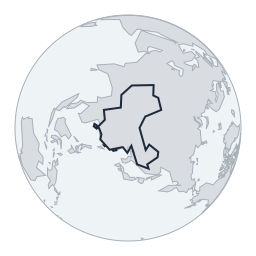 China highlighted on a globe, orthographic projection, rotated 103°
{"feature_id": "CHN", "entity_name": "China", "entity_type": "country or territory", "adm_level": 0, "iso_a3": "CHN", "parent_name": "Asia", "parent_adm1": "", "projection": "orthographic", "projection_center": [106.815, 35.887], "detail": "coarse", "context": "on_globe", "style": "outline", "palette": "slate", "viewbox_px": 256, "rotation_deg": 103, "n_neighbors": 0, "source": "natural_earth", "source_scale": "50m", "svg_char_len": 11604}
<svg xmlns="http://www.w3.org/2000/svg" viewBox="0 0 256 256"><g transform="rotate(103 128 128)"><circle cx="128" cy="128" r="113" fill="#eef3f6" stroke="#a8b0b8"/><path d="M231.6,171.6L231.4,172.1L231.4,172.3L231.6,171.6ZM194.4,37.0L186.8,32.6L186.2,31.9L184.3,31.1L184.9,32.0L185.7,32.9L180.0,33.5L180.7,39.4L184.6,42.9L180.8,41.1L190.8,49.3L193.5,54.9L188.1,47.6L185.8,46.2L186.6,49.3L184.3,48.6L183.4,49.8L180.7,48.7L177.7,44.9L175.9,44.3L176.6,46.6L174.2,47.2L173.6,43.9L169.5,44.7L163.8,39.1L164.2,32.2L158.8,29.3L153.3,23.1L151.5,23.3L148.3,21.5L145.0,21.1L144.9,20.3L142.5,20.7L143.2,21.5L142.3,22.1L140.5,22.0L140.0,20.9L140.9,20.8L139.8,20.4L140.3,20.0L139.0,20.2L138.7,19.1L136.3,20.1L133.7,19.2L134.2,18.5L137.8,18.6L147.7,18.3L149.3,18.1L148.0,17.5L138.2,15.9L138.4,15.8L147.0,17.0L155.4,18.8L163.8,21.2L171.8,24.2L179.7,27.9L187.2,32.2L194.4,37.0ZM135.2,15.6L135.5,15.6L131.6,15.5L133.4,15.9L132.1,16.0L132.5,16.6L128.6,16.6L124.6,16.3L124.1,15.8L122.3,15.8L119.7,16.4L115.7,16.2L107.8,17.2L107.6,17.2L116.7,15.9L125.9,15.4L135.2,15.6ZM233.6,90.3L232.8,88.5L233.0,88.5L233.6,90.3ZM232.5,88.2L232.7,88.6L232.5,88.2ZM232.4,88.6L232.5,88.3L232.5,88.9L232.4,88.6ZM232.5,89.4L232.4,88.9L232.5,89.0L232.5,89.4ZM232.3,90.0L232.2,90.1L232.0,89.4L232.3,90.0ZM186.5,33.5L185.1,32.2L185.4,31.7L186.8,32.8L186.5,33.5ZM185.6,34.9L184.3,33.9L186.6,34.5L186.6,34.8L185.6,34.9ZM187.9,45.8L187.3,44.2L188.7,46.0L187.9,45.8ZM183.8,50.2L184.7,50.9L183.8,51.2L183.8,50.2ZM134.6,16.7L133.6,16.6L134.0,16.5L134.6,16.7ZM135.8,17.0L137.0,16.9L137.8,17.1L137.0,17.1L135.8,17.0ZM178.9,50.0L177.2,50.5L178.4,49.3L178.9,50.0ZM134.0,17.2L138.9,17.4L140.2,17.8L138.2,18.3L134.0,17.2ZM175.9,50.3L172.0,51.7L173.6,53.4L166.7,49.7L172.4,49.5L173.5,47.8L174.2,49.5L175.9,50.3ZM144.2,21.8L143.3,21.0L145.8,21.8L144.2,21.8ZM145.9,22.3L154.6,24.6L154.9,26.0L151.9,24.9L153.7,27.0L149.6,26.5L147.7,25.2L148.3,24.4L146.3,24.9L145.9,22.3ZM163.5,47.5L162.1,47.4L163.0,46.8L163.5,47.5ZM142.2,22.3L143.9,22.6L144.3,23.8L140.9,23.5L141.9,23.2L142.2,22.3ZM156.2,27.9L155.9,28.8L152.5,28.7L151.9,29.1L149.6,26.6L156.2,27.9ZM140.8,22.9L139.2,23.4L137.3,22.8L140.5,22.2L140.8,22.9ZM145.8,24.3L145.8,24.9L144.7,24.4L145.8,24.3ZM129.8,21.3L131.8,21.4L132.2,22.0L129.8,21.3ZM138.7,23.6L139.4,23.9L139.7,24.2L138.3,24.4L138.7,23.6ZM147.4,26.8L146.0,26.6L148.1,27.8L145.7,27.8L144.6,26.2L144.0,27.0L143.3,27.0L143.2,25.7L147.4,26.8ZM138.0,25.6L135.7,23.8L131.8,23.4L131.4,22.8L137.7,23.6L138.0,25.6ZM141.1,25.7L139.1,25.5L139.5,24.8L141.2,24.5L141.1,25.7ZM144.4,28.5L148.5,28.8L148.6,29.2L144.4,28.5ZM136.8,25.6L137.4,26.0L136.5,25.6L136.8,25.6ZM142.0,27.7L143.4,27.7L143.5,28.1L142.0,27.7ZM137.3,27.0L136.6,26.3L137.7,26.1L137.3,27.0ZM139.4,27.4L139.2,28.0L138.5,26.4L140.0,27.3L139.4,27.4ZM141.8,28.1L142.4,28.3L141.2,28.0L141.8,28.1ZM133.6,28.3L132.6,26.4L135.0,25.8L135.7,27.7L133.6,28.3ZM42.1,55.1L43.7,54.0L40.9,57.9L39.2,66.0L38.4,67.9L35.0,71.1L30.8,84.3L33.7,83.1L33.5,93.1L35.6,97.6L42.7,91.1L39.2,83.5L42.2,78.3L47.8,81.0L51.4,88.2L52.7,86.4L53.4,79.0L57.3,78.0L54.0,76.3L53.1,78.9L51.0,78.0L51.7,75.6L53.1,75.3L52.9,72.6L46.5,75.4L44.9,78.4L42.5,74.1L39.5,78.8L37.8,79.1L42.1,71.3L44.0,69.6L49.5,59.7L47.3,61.0L42.0,70.6L42.3,68.9L39.2,71.2L41.8,68.0L48.2,57.7L48.1,54.2L42.6,56.3L43.6,54.2L46.8,50.3L54.1,44.4L51.1,49.8L53.6,48.2L58.8,43.5L57.4,45.7L59.1,44.6L58.4,46.7L61.9,46.7L61.8,48.7L67.5,46.2L68.2,47.0L64.6,48.2L62.2,50.2L62.6,55.7L63.9,56.0L67.5,54.1L67.2,56.0L70.7,53.5L73.0,56.0L73.1,50.9L77.4,49.0L81.1,49.4L82.5,47.9L76.4,47.4L74.0,48.1L71.9,50.0L65.2,51.6L64.1,50.4L71.1,45.6L70.4,43.5L76.2,41.1L89.2,43.3L92.4,45.8L88.6,54.1L85.4,54.5L85.1,51.6L81.4,56.1L83.6,54.9L83.3,56.6L87.3,55.6L87.3,56.8L91.2,53.9L91.6,55.3L89.2,57.1L95.5,57.2L97.6,59.9L99.0,59.4L100.0,58.1L102.0,62.7L102.9,62.1L102.7,60.3L104.4,58.1L108.3,56.1L108.8,57.8L107.4,58.8L105.3,63.5L101.7,66.0L102.3,66.5L105.6,64.8L108.1,59.0L110.3,57.3L109.6,60.0L110.0,58.9L111.2,58.6L112.9,60.0L113.9,57.1L127.0,52.9L131.5,55.5L129.4,58.2L139.0,58.0L143.4,61.6L143.1,59.9L147.5,59.0L146.2,57.9L146.4,57.0L157.2,55.1L160.1,56.1L164.4,54.0L164.3,53.2L162.4,52.2L166.7,49.7L173.6,53.4L173.6,55.0L177.9,56.5L177.2,60.0L178.6,63.8L175.3,67.3L176.7,70.2L178.2,70.5L181.3,75.0L182.3,83.8L174.7,75.4L171.9,63.3L172.4,67.9L170.3,66.6L169.2,68.2L169.8,71.7L171.1,72.2L161.6,77.4L158.8,87.1L164.0,86.4L167.1,89.2L168.5,100.9L158.6,117.1L162.7,122.2L162.9,125.5L159.3,127.8L158.9,122.8L155.2,121.1L155.6,118.2L149.6,120.5L149.8,116.4L145.0,120.5L146.7,123.8L152.0,123.0L147.7,128.7L153.0,134.3L153.5,141.1L144.4,152.8L135.3,156.0L134.7,158.1L131.1,155.6L126.3,159.3L132.8,171.0L132.6,174.2L124.8,179.6L124.6,177.3L115.2,170.6L113.3,177.9L120.5,184.8L122.9,191.9L117.4,189.3L114.9,182.9L111.6,180.3L112.5,174.0L109.9,163.7L104.3,164.7L104.9,160.7L100.4,151.4L92.4,152.3L79.7,159.8L77.8,169.5L73.5,172.4L68.6,155.9L69.1,145.6L65.6,145.2L62.0,134.2L50.9,127.1L50.9,123.9L48.4,123.6L46.1,118.6L46.6,113.5L44.5,112.0L43.7,125.4L46.1,127.1L50.2,125.1L49.4,129.3L51.8,135.0L43.8,140.2L29.8,137.0L30.9,129.2L33.4,102.9L34.7,101.2L34.8,100.9L35.0,100.4L32.6,102.9L33.9,98.0L29.9,114.8L28.1,121.0L29.5,137.2L28.8,137.7L30.0,141.7L37.0,145.4L36.5,147.7L31.6,155.1L24.2,160.5L26.6,171.1L28.6,178.4L27.2,178.1L30.3,184.1L26.5,176.9L23.3,169.4L20.6,161.8L18.4,154.0L16.8,146.0L15.8,138.0L15.4,129.9L15.5,121.8L16.3,113.7L17.6,105.7L19.5,97.8L21.9,90.1L24.9,82.5L28.5,75.2L32.5,68.2L37.1,61.5L42.1,55.1ZM52.6,100.4L56.4,104.6L59.2,97.7L60.9,98.8L61.2,96.2L59.4,97.2L60.8,90.4L64.0,90.6L65.9,88.1L64.7,86.6L58.5,87.3L56.4,96.9L53.6,98.1L52.6,100.4ZM69.3,37.5L67.6,39.0L65.8,39.6L65.8,37.9L68.6,36.9L69.3,37.5ZM65.7,41.1L72.6,37.2L72.8,38.4L71.5,38.4L71.0,39.5L68.7,39.8L62.2,44.9L60.1,45.8L61.4,41.7L62.1,42.4L63.7,40.8L65.7,41.1ZM90.0,27.9L93.0,26.9L89.6,30.6L87.1,31.1L87.1,29.2L89.9,27.5L90.0,27.9ZM129.5,18.4L130.9,18.3L131.0,18.5L130.0,18.8L129.5,18.4ZM130.7,21.3L123.7,19.4L124.9,19.1L119.3,18.6L120.3,17.8L123.9,18.0L120.5,17.2L124.2,17.0L121.5,16.6L129.4,17.3L132.5,17.4L128.6,17.6L127.6,18.3L128.1,18.7L131.8,19.9L138.1,20.7L138.1,21.8L136.4,22.4L134.9,22.4L135.4,21.6L133.0,22.1L132.6,21.0L130.7,21.3ZM116.7,32.4L117.9,30.9L113.1,32.9L112.6,31.3L112.1,31.7L110.3,30.8L107.3,30.5L107.6,29.7L106.3,29.9L105.1,29.5L103.4,29.6L103.4,28.3L101.3,28.4L102.4,27.7L98.8,28.3L101.5,27.3L100.2,26.8L98.3,28.0L102.3,22.1L101.9,20.8L100.1,20.3L104.9,19.1L109.6,19.0L113.6,19.7L113.3,21.3L115.5,20.6L116.1,21.3L114.1,21.5L117.4,21.5L117.3,22.2L120.9,23.7L125.8,23.6L127.2,24.2L125.2,24.6L128.0,25.0L125.3,26.3L126.3,26.8L124.5,28.7L120.2,29.3L121.6,29.9L120.3,31.6L116.7,32.4ZM133.0,28.8L127.9,29.6L125.2,29.2L129.4,26.1L128.9,25.4L131.5,23.7L135.4,24.4L134.3,24.8L134.1,25.4L133.0,24.9L133.8,25.7L132.3,26.4L132.5,27.2L130.8,27.2L133.0,28.8ZM39.6,67.8L39.4,69.0L39.5,70.4L37.6,72.0L39.6,67.8ZM43.9,60.7L44.0,61.3L41.4,64.0L41.6,62.9L43.9,60.7ZM46.3,59.5L44.2,61.1L45.5,59.6L46.3,59.5ZM65.0,48.7L65.4,49.4L64.5,50.0L63.3,50.3L65.0,48.7ZM102.3,39.2L103.4,38.2L104.1,38.3L107.9,36.9L108.5,38.1L106.5,39.5L102.3,39.2ZM40.9,91.1L38.9,91.4L39.2,89.9L39.8,90.1L40.9,91.1ZM37.2,81.2L37.0,84.4L36.7,81.6L37.2,81.2ZM103.6,40.3L105.1,39.6L104.5,40.7L103.6,40.3ZM109.2,39.0L108.9,40.2L109.1,38.1L109.2,39.0ZM37.5,187.3L39.8,196.7L37.2,193.9L34.5,189.5L32.2,182.9L34.5,183.8L35.0,181.6L37.5,187.3ZM151.4,206.8L154.8,206.9L154.6,207.3L151.4,206.8ZM147.9,205.7L151.7,205.6L147.2,206.6L147.9,205.7ZM153.2,205.5L157.2,204.5L158.9,203.7L158.6,204.5L153.2,205.5ZM145.2,205.8L130.8,205.7L125.2,204.4L126.5,203.0L135.7,203.7L145.2,205.8ZM126.1,203.0L117.4,198.1L105.6,183.7L109.8,184.5L122.2,193.8L121.4,195.0L126.6,198.8L126.1,203.0ZM147.1,195.4L146.2,199.4L138.3,199.2L134.7,198.5L132.2,193.3L133.6,190.7L136.5,190.9L148.0,181.5L152.0,183.6L148.5,187.7L151.8,191.1L147.1,195.4ZM78.2,170.6L80.4,177.1L78.1,177.3L78.2,170.6ZM152.7,174.6L148.0,179.0L152.3,173.2L152.7,174.6ZM155.2,169.0L155.5,171.2L153.6,169.2L155.2,169.0ZM134.6,161.2L131.4,161.6L131.4,160.0L135.3,158.5L134.6,161.2ZM153.8,146.8L153.8,151.6L153.2,153.3L151.7,150.4L153.8,146.8ZM111.3,51.6L105.2,52.0L101.3,53.5L99.8,56.1L99.4,52.8L105.4,50.5L111.3,51.6ZM125.0,52.5L126.3,50.5L127.4,51.4L127.3,52.0L125.0,52.5ZM124.5,51.2L122.9,48.7L124.8,47.7L125.7,49.8L124.5,51.2ZM113.0,44.0L111.2,44.0L111.7,43.0L113.0,44.0ZM179.6,227.9L180.5,227.0L184.4,225.1L182.0,226.7L179.6,227.9ZM167.8,226.9L145.9,233.4L141.3,233.3L142.9,231.8L139.5,227.1L141.0,227.1L140.5,223.5L153.7,219.1L163.3,211.0L170.2,210.4L175.7,204.1L182.6,202.9L180.2,207.6L187.1,208.3L192.6,197.6L195.9,205.8L200.2,206.8L200.4,210.9L189.2,221.7L183.7,225.0L183.0,225.0L180.6,226.4L177.4,227.4L176.4,226.1L174.0,227.4L176.7,225.1L173.0,227.5L171.7,226.5L167.8,226.9ZM216.9,192.9L217.7,192.5L218.6,192.7L217.4,193.6L216.9,192.9ZM229.6,175.9L229.6,176.1L228.9,177.3L229.6,175.9ZM231.4,172.3L230.5,173.9L231.6,171.6L231.4,172.3ZM222.2,184.4L222.5,184.5L222.1,185.0L222.2,184.4ZM221.9,184.5L222.5,183.1L222.3,184.1L221.9,184.5ZM218.5,182.4L219.1,181.6L219.3,181.8L218.5,182.4ZM159.8,206.5L164.5,203.1L167.1,202.5L159.8,206.5ZM217.8,181.8L216.5,182.6L216.7,182.0L217.8,181.8ZM218.0,180.5L217.9,179.8L218.6,181.1L218.0,180.5ZM215.5,180.4L217.1,180.8L215.3,180.6L215.5,180.4ZM214.5,181.1L213.3,181.2L213.4,180.9L214.5,181.1ZM200.1,188.8L204.7,191.5L200.9,193.0L196.6,191.7L193.0,195.6L185.1,197.5L187.0,195.3L185.9,192.9L177.5,193.7L175.9,192.2L178.9,190.4L173.3,189.9L179.4,188.0L181.9,191.2L185.4,187.5L191.2,186.7L196.8,186.2L201.2,187.3L200.1,188.8ZM179.4,196.1L180.4,195.9L179.5,197.2L179.4,196.1ZM211.0,180.4L212.7,181.3L212.5,181.8L211.6,182.0L211.0,180.4ZM202.3,186.3L207.1,181.4L208.1,181.0L205.0,185.7L202.3,186.3ZM205.9,179.9L208.1,179.4L209.2,180.6L208.8,181.3L205.9,179.9ZM166.8,194.9L166.6,195.9L164.9,195.3L166.8,194.9ZM168.9,194.0L173.7,194.3L168.4,194.9L168.9,194.0ZM154.0,191.9L155.5,194.3L160.0,192.3L156.6,194.9L159.6,198.6L158.5,200.2L155.5,196.1L154.4,200.7L152.4,200.7L151.3,197.0L153.4,192.1L155.4,189.9L163.6,188.4L154.0,191.9ZM168.9,190.9L167.6,188.2L168.6,186.1L170.0,187.5L168.9,190.9ZM163.7,181.4L160.2,178.2L157.1,179.8L163.4,174.2L165.7,178.2L163.7,181.4ZM160.7,173.8L157.8,175.3L160.8,172.1L160.7,173.8ZM157.0,174.1L156.7,171.6L159.0,171.8L157.0,174.1ZM162.2,173.8L162.7,169.3L163.9,171.8L162.2,173.8ZM155.6,165.8L160.6,169.7L154.1,168.4L153.7,159.8L156.4,159.4L155.6,165.8ZM169.8,128.5L169.1,126.0L171.5,125.1L171.4,127.1L169.8,128.5ZM178.8,120.5L171.9,124.1L166.3,127.1L168.1,128.1L167.1,132.7L164.2,128.9L167.9,123.5L172.3,122.0L172.7,118.2L175.7,115.2L174.7,110.7L175.9,108.5L178.2,112.2L178.8,120.5ZM174.1,108.8L173.4,100.7L178.1,101.1L179.3,103.0L177.6,106.5L175.3,106.0L174.1,108.8ZM174.6,98.9L172.3,98.4L166.5,87.2L166.4,85.0L173.4,93.4L171.5,93.5L172.1,96.3L174.6,98.9ZM162.7,48.3L162.2,47.5L163.4,48.1L162.7,48.3ZM145.6,56.4L146.1,55.3L147.5,55.9L145.6,56.4ZM148.2,52.8L146.3,52.9L148.1,52.1L148.2,52.8ZM142.0,53.3L145.4,52.5L142.4,54.3L142.0,53.3Z" fill="#d9dde1" stroke="#a8b0b8" stroke-width="1"/><path d="M134.5,158.2L125.2,152.4L115.8,155.6L109.7,139.6L97.2,141.9L85.7,133.8L80.4,112.7L90.6,110.7L91.8,105.3L102.9,99.7L113.0,113.8L125.3,116.8L145.5,105.8L139.4,103.6L144.5,93.1L149.9,92.6L159.1,101.1L163.0,98.8L161.4,110.9L144.6,120.7L152.4,123.0L147.8,128.8L153.3,141.0L145.4,152.4L140.1,152.5L134.6,156.2L134.1,156.9L134.5,158.2ZM135.5,158.7L134.1,161.7L131.5,161.6L132.5,159.0L135.5,158.7ZM152.2,134.3L152.4,134.7L151.8,134.3L152.2,134.3ZM154.0,137.3L153.6,137.5L153.5,137.3L154.0,137.3ZM150.9,146.6L150.7,146.9L150.7,146.5L150.9,146.6ZM134.4,156.8L134.8,156.7L134.8,156.9L134.4,156.8Z" fill="none" stroke="#1e293b" stroke-width="2"/></g></svg>